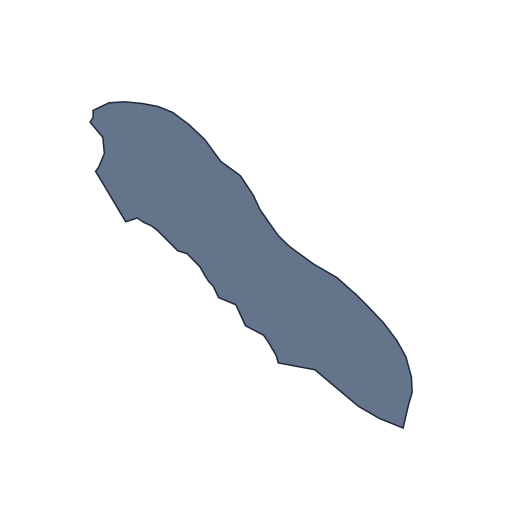 outline of Omumma, Rivers, Nigeria, rotated 301°
{"feature_id": "59680162B88302028338466", "entity_name": "Omumma", "entity_type": "district", "adm_level": 2, "iso_a3": "NGA", "parent_name": "Nigeria", "parent_adm1": "Rivers", "projection": "natural_earth1", "projection_center": [7.241, 5.083], "detail": "fine", "context": "isolated", "style": "filled", "palette": "slate", "viewbox_px": 512, "rotation_deg": 301, "n_neighbors": 0, "source": "geoboundaries", "source_scale": "gbopen_adm2", "svg_char_len": 1104}
<svg xmlns="http://www.w3.org/2000/svg" viewBox="0 0 512 512"><g transform="rotate(301 256 256)"><path d="M184.3,470.7L206.2,463.6L219.7,460.0L232.0,451.8L239.0,444.6L242.0,441.4L246.6,436.6L250.1,430.7L256.0,420.4L261.1,407.9L264.5,399.4L265.5,395.7L270.5,377.6L274.5,361.8L275.6,355.4L279.2,336.2L278.9,320.7L278.7,309.9L280.8,285.8L281.6,279.0L284.9,264.7L285.3,263.8L286.5,260.9L297.9,235.4L306.6,222.5L315.4,204.1L316.1,202.6L316.8,201.0L317.2,196.6L317.7,191.2L318.9,176.9L319.4,175.9L320.5,173.3L329.4,152.2L331.5,142.9L332.3,138.9L333.5,133.5L334.1,131.1L335.0,121.8L335.6,116.2L336.2,110.8L333.7,95.0L328.1,79.8L320.9,64.8L320.5,64.0L311.6,51.1L306.2,47.5L296.8,41.3L290.9,45.0L285.3,44.8L280.4,58.9L278.8,63.6L265.8,73.2L251.1,75.4L245.9,74.9L236.4,92.9L218.2,126.7L227.4,134.6L227.0,142.5L228.0,150.4L227.3,157.7L220.2,186.2L222.5,195.8L217.8,213.7L212.2,223.6L209.7,229.0L208.1,234.9L201.1,245.4L203.8,263.8L190.8,283.0L192.0,303.3L189.1,309.8L181.2,324.4L175.8,330.1L188.8,365.0L185.4,386.4L179.9,421.2L180.3,445.6L184.3,470.7Z" fill="#64748b" stroke="#1e293b" stroke-width="1.5"/></g></svg>